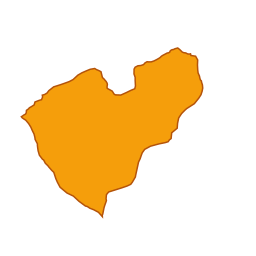 Dekina, Kogi, Nigeria, rotated 155°
{"feature_id": "59680162B92999716235821", "entity_name": "Dekina", "entity_type": "district", "adm_level": 2, "iso_a3": "NGA", "parent_name": "Nigeria", "parent_adm1": "Kogi", "projection": "albers", "projection_center": [7.147, 7.599], "detail": "fine", "context": "isolated", "style": "filled", "palette": "amber", "viewbox_px": 256, "rotation_deg": 155, "n_neighbors": 0, "source": "geoboundaries", "source_scale": "gbopen_adm2", "svg_char_len": 2232}
<svg xmlns="http://www.w3.org/2000/svg" viewBox="0 0 256 256"><g transform="rotate(155 128 128)"><path d="M188.7,58.5L188.1,60.0L187.3,60.6L183.4,65.9L181.3,68.2L179.6,69.9L178.2,71.4L177.8,73.1L175.7,76.7L172.6,78.2L159.0,76.4L153.3,75.8L149.3,75.8L146.9,77.1L142.3,80.3L142.0,80.5L140.9,82.1L132.9,92.6L129.9,95.1L128.1,97.0L125.6,99.5L121.9,101.6L115.3,102.0L106.6,100.5L100.4,99.0L97.4,98.6L95.4,99.8L93.4,100.2L90.4,105.2L86.9,106.1L83.5,107.0L81.1,111.3L77.8,115.7L73.4,118.4L69.2,120.0L66.6,120.8L57.6,122.0L51.3,125.1L47.8,127.3L45.2,130.1L43.4,132.6L42.3,135.7L42.2,136.6L42.0,138.2L41.6,139.7L42.0,140.7L41.9,142.4L41.3,144.8L41.2,148.3L40.3,151.1L38.4,155.8L36.1,160.2L36.4,164.5L40.3,167.1L40.0,168.8L41.3,169.1L42.7,170.0L43.9,171.6L45.5,172.6L46.7,173.8L48.0,177.3L49.1,179.5L52.0,180.0L53.7,179.9L54.0,180.1L55.8,180.4L57.4,179.9L58.0,179.2L58.5,179.1L59.5,179.0L60.8,179.4L62.4,179.3L64.6,179.2L66.4,179.1L67.8,178.8L69.1,178.3L70.5,178.1L72.8,177.9L76.0,177.8L78.9,178.1L81.4,179.2L82.7,180.0L85.1,179.8L87.1,178.9L89.9,179.2L92.7,180.2L95.4,180.1L95.8,180.1L97.6,178.8L99.7,174.5L100.1,170.9L101.4,168.1L103.5,162.9L105.3,160.7L109.3,160.9L114.7,160.8L120.6,160.9L125.5,163.4L126.3,164.7L126.7,168.1L128.3,170.3L129.5,171.8L130.1,173.0L129.3,174.7L128.3,176.1L128.0,177.5L128.2,179.6L128.6,180.8L128.9,182.3L129.4,183.3L129.8,184.8L128.7,190.4L130.0,192.2L131.0,193.3L132.0,194.4L133.0,196.0L137.5,197.2L139.6,197.3L141.7,197.4L146.5,197.5L149.8,197.2L151.1,197.1L157.3,195.1L161.6,194.9L166.2,195.3L171.1,195.8L178.0,196.7L184.0,195.3L186.6,193.9L189.4,193.6L191.8,194.0L192.3,192.2L194.4,190.2L196.8,190.6L201.3,190.9L203.3,188.6L206.4,188.2L208.9,188.0L210.0,187.4L212.6,186.9L213.8,184.8L215.0,183.9L217.0,183.8L218.3,183.5L219.9,183.3L219.6,182.0L218.6,180.2L217.4,178.4L216.2,174.0L215.7,169.8L215.8,166.0L215.7,162.3L216.4,158.7L217.0,156.9L216.8,151.9L217.4,150.7L218.2,148.3L219.1,145.3L219.8,140.8L218.7,135.7L218.0,134.8L217.8,130.8L216.6,127.8L216.1,125.5L216.0,125.3L215.1,122.1L214.0,119.2L214.8,112.6L214.9,108.8L214.6,103.0L213.0,99.6L210.8,94.9L206.3,89.4L203.4,82.3L199.6,75.3L198.1,74.1L196.4,71.3L193.6,68.4L190.4,64.1L188.7,58.5Z" fill="#f59e0b" stroke="#b45309" stroke-width="1.5"/></g></svg>